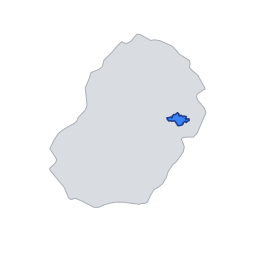 North Macedonia, with Želino highlighted, rotated 137°
{"feature_id": "MKD-2918", "entity_name": "Želino", "entity_type": "Statistical Region", "adm_level": 1, "iso_a3": "MKD", "parent_name": "North Macedonia", "parent_adm1": "", "projection": "natural_earth1", "projection_center": [21.115, 41.912], "detail": "fine", "context": "in_parent", "style": "filled", "palette": "blue", "viewbox_px": 256, "rotation_deg": 137, "n_neighbors": 0, "source": "natural_earth", "source_scale": "10m", "svg_char_len": 2084}
<svg xmlns="http://www.w3.org/2000/svg" viewBox="0 0 256 256"><g transform="rotate(137 128 128)"><path d="M116.2,70.3L120.2,70.8L128.8,68.5L134.1,65.4L136.8,64.9L140.5,63.7L145.7,63.9L151.0,65.2L157.7,63.4L164.3,60.5L166.9,61.2L169.8,63.7L171.7,64.4L182.7,77.7L188.7,83.1L195.8,87.2L203.9,90.2L206.9,93.1L212.1,107.2L214.6,112.6L218.0,114.2L218.9,115.8L219.0,117.8L215.2,127.8L213.8,150.2L212.9,151.9L208.8,151.8L203.5,152.3L201.4,154.0L199.3,166.1L190.7,169.5L182.8,171.5L176.2,171.0L164.6,168.2L160.8,167.9L157.5,169.5L147.1,170.3L142.6,172.4L131.9,186.5L121.1,191.4L117.4,193.8L109.1,190.7L105.1,190.4L99.4,194.0L86.8,194.4L83.4,195.0L73.7,195.5L73.3,193.6L71.5,190.8L67.0,189.4L57.7,190.6L55.5,188.5L51.7,176.6L48.7,174.6L45.4,170.6L39.8,157.6L39.7,152.0L40.1,147.0L37.0,135.4L38.9,132.4L41.8,130.6L41.8,125.9L41.0,118.8L44.5,104.8L45.4,103.8L46.3,104.5L54.6,105.6L56.7,103.8L58.1,101.1L58.5,90.8L60.5,86.1L80.5,77.2L86.4,76.8L90.9,81.0L94.5,83.6L96.6,83.5L97.4,80.9L99.8,75.7L103.9,72.8L116.1,70.3L116.2,70.3Z" fill="#d9dde1" stroke="#a8b0b8" stroke-width="1"/><path d="M81.0,101.4L80.4,101.0L80.2,99.7L80.2,98.9L79.8,98.7L79.2,98.7L78.4,97.9L77.9,97.1L77.7,96.7L78.2,96.1L78.8,95.8L79.4,95.8L79.6,95.6L79.7,95.0L79.5,94.8L78.7,94.6L78.4,94.1L78.2,93.7L77.6,93.5L77.3,93.2L77.3,92.9L77.7,92.4L78.1,91.9L78.5,91.8L78.8,92.1L80.0,92.4L80.8,92.4L81.3,92.2L81.7,92.4L81.7,93.0L81.3,93.4L81.4,93.8L82.3,94.0L83.7,94.2L84.2,94.2L84.6,93.6L85.0,93.4L85.7,93.4L86.1,93.4L86.1,93.5L86.8,93.7L87.7,94.0L88.6,94.6L89.6,95.2L89.8,95.5L89.8,96.7L89.5,97.8L89.3,99.0L89.1,100.5L89.1,101.4L89.6,102.0L90.1,102.1L91.0,103.1L91.4,103.3L91.7,103.4L91.7,103.9L92.2,104.6L93.0,105.1L93.4,105.4L93.4,106.2L93.2,107.6L92.8,108.8L92.4,108.6L91.7,108.3L90.9,107.6L90.0,107.1L89.3,106.9L89.3,106.0L89.0,105.5L88.4,105.5L87.9,105.7L87.8,106.2L87.6,106.6L87.1,106.6L86.2,106.6L85.3,106.6L84.9,106.2L84.0,105.5L83.1,105.5L82.0,105.5L81.3,105.3L81.3,104.6L81.3,103.7L81.5,103.0L82.1,102.9L82.3,102.5L82.3,102.2L82.0,101.4L81.5,101.4L81.0,101.4Z" fill="#3b82f6" stroke="#1e3a8a" stroke-width="1.5"/></g></svg>